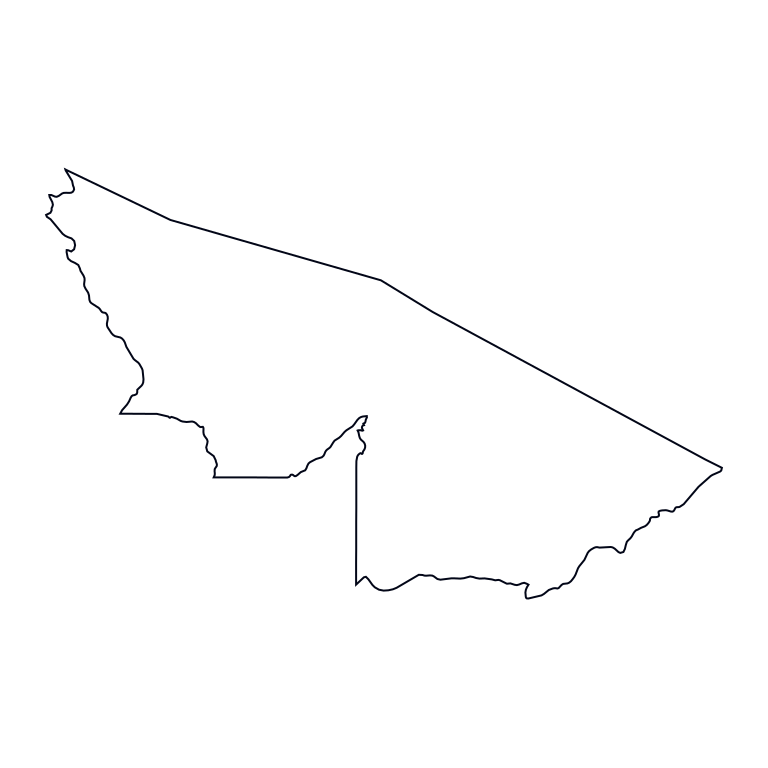 the border of Acre
{"feature_id": "BRA-576", "entity_name": "Acre", "entity_type": "State", "adm_level": 1, "iso_a3": "BRA", "parent_name": "Brazil", "parent_adm1": "", "projection": "natural_earth1", "projection_center": [-70.836, -9.13], "detail": "fine", "context": "isolated", "style": "outline", "palette": "ink", "viewbox_px": 768, "rotation_deg": 0, "n_neighbors": 0, "source": "natural_earth", "source_scale": "10m", "svg_char_len": 4579}
<svg xmlns="http://www.w3.org/2000/svg" viewBox="0 0 768 768"><path d="M453.4,578.3L451.7,578.3L440.4,579.7L437.4,579.0L433.9,576.4L432.3,575.6L429.9,575.4L426.2,575.7L424.4,575.6L422.6,575.0L418.8,574.8L396.6,587.8L392.9,589.3L388.3,590.3L383.6,590.6L379.0,589.7L374.8,587.3L372.4,584.9L368.4,579.3L365.9,576.8L363.9,577.3L356.1,584.6L356.1,575.9L356.1,562.4L356.2,548.8L356.2,535.2L356.2,521.6L356.3,508.1L356.3,494.5L356.3,480.9L356.3,472.1L356.3,467.3L356.4,461.0L357.2,456.7L357.8,455.5L358.5,454.6L359.4,453.8L360.3,453.2L360.8,453.2L361.8,453.9L362.3,453.8L362.7,453.2L362.9,451.9L363.2,451.2L364.4,449.5L365.1,447.6L365.2,445.6L364.6,443.5L363.5,441.9L360.8,439.5L359.8,437.9L359.2,435.9L358.5,432.4L357.6,430.5L358.1,430.3L360.6,430.2L361.0,430.4L362.3,430.7L363.1,430.4L361.9,427.9L362.1,426.6L362.8,425.5L364.0,425.2L363.8,424.8L363.6,424.0L363.4,423.6L365.1,422.7L365.5,421.4L365.8,419.7L366.7,417.8L366.9,417.5L366.8,416.1L362.9,416.5L361.1,417.0L359.3,418.0L357.4,419.9L354.2,424.4L352.5,426.4L346.4,430.3L344.5,432.0L341.1,436.0L339.2,437.7L334.6,440.6L333.2,442.5L330.5,446.9L329.5,447.9L327.1,449.6L326.1,450.6L325.3,451.9L324.2,454.6L323.5,455.8L321.8,457.3L316.1,459.0L310.0,462.2L308.5,463.5L307.3,465.8L306.4,468.3L305.2,470.3L300.8,472.1L297.5,475.0L295.8,476.1L294.5,476.1L293.8,475.6L293.1,475.0L292.1,474.6L290.8,474.8L290.3,475.4L289.9,476.2L289.0,477.0L287.4,477.5L284.0,477.5L267.6,477.5L251.3,477.4L234.9,477.4L218.6,477.4L213.7,477.4L214.7,475.1L214.8,473.2L214.6,471.4L214.7,469.2L215.3,468.1L216.7,466.1L216.9,464.8L216.7,463.7L215.9,461.5L215.7,460.3L213.7,456.1L207.3,451.4L206.2,447.4L207.3,443.3L207.6,441.3L207.0,439.4L204.5,436.0L203.7,434.2L203.4,432.0L203.5,428.8L203.4,427.8L202.9,426.9L202.0,426.9L200.9,427.1L200.0,426.9L198.3,425.6L195.8,423.1L194.0,422.0L192.1,421.5L186.6,422.0L182.5,421.5L180.7,420.9L176.9,418.7L173.2,417.4L171.4,416.9L171.1,417.0L170.3,417.6L169.9,417.8L169.4,417.6L168.6,416.8L168.1,416.5L157.0,413.9L120.2,413.7L122.1,410.2L127.0,404.6L129.1,401.3L130.6,397.9L131.6,396.2L132.7,395.4L134.0,395.2L135.5,394.7L136.7,393.9L137.2,392.6L137.3,389.7L141.4,385.8L142.4,384.5L143.2,382.5L143.5,379.3L142.6,370.3L142.0,368.6L139.5,364.2L138.3,362.7L134.9,360.1L133.5,358.8L126.4,346.9L124.8,342.4L123.7,340.4L122.1,338.6L120.4,337.5L115.1,336.2L113.2,335.0L111.5,333.2L107.6,327.3L107.0,325.6L106.9,323.6L107.8,318.8L107.7,316.6L107.0,314.7L105.7,313.1L104.9,312.8L103.0,312.5L102.1,312.1L101.2,311.1L99.7,308.9L98.7,307.9L91.4,303.2L90.1,301.8L89.4,299.8L89.0,295.4L88.1,292.6L85.5,288.6L84.3,286.1L84.1,284.1L84.6,280.1L84.5,278.1L83.5,275.6L80.5,270.8L79.9,268.5L78.3,265.0L74.9,262.9L71.0,261.1L68.2,258.7L67.6,257.2L66.6,252.1L66.7,250.1L68.1,250.2L71.2,251.5L74.1,249.3L75.1,245.2L74.2,241.0L71.5,238.4L68.1,237.2L65.2,235.8L62.6,233.8L50.6,219.3L46.9,216.8L46.1,214.9L49.2,213.4L50.4,212.8L51.6,210.5L51.6,208.2L52.4,206.6L52.9,204.8L52.3,202.1L49.6,196.9L49.3,195.0L51.3,195.0L55.0,196.6L56.7,196.8L58.8,195.9L62.1,193.5L63.7,192.9L66.1,192.8L69.7,192.9L71.5,192.6L73.0,191.6L74.1,189.5L73.8,187.5L73.0,185.5L72.1,181.0L65.7,170.5L65.4,169.5L66.6,170.1L170.5,220.0L380.9,280.3L432.7,312.0L705.3,459.5L721.9,467.8L721.6,468.9L721.4,470.1L720.9,470.9L720.0,471.6L712.5,474.9L710.7,476.0L698.6,486.7L683.7,504.2L679.6,506.9L678.6,507.1L676.6,507.2L675.7,507.6L675.1,508.4L674.5,509.7L673.8,510.8L672.7,511.6L671.1,511.6L667.5,510.5L665.9,510.2L662.1,510.4L660.0,510.8L658.7,511.5L658.5,512.5L659.0,514.8L658.9,515.8L658.2,516.5L657.2,516.9L656.2,517.1L652.1,517.1L651.3,517.4L650.3,518.4L650.0,519.2L650.0,520.1L649.6,521.3L648.3,523.2L646.7,525.0L644.9,526.3L641.1,527.8L637.8,529.6L636.0,530.3L634.6,531.7L633.6,533.1L631.8,536.4L630.6,538.0L627.8,540.7L626.8,541.9L625.8,545.1L624.9,548.9L623.4,552.0L620.3,552.9L618.5,552.1L614.9,548.8L613.2,547.7L611.9,547.2L610.5,547.0L599.6,547.6L597.0,547.1L595.4,547.3L593.9,547.9L591.1,549.5L589.0,551.2L587.7,552.9L584.4,559.9L579.3,566.2L578.0,568.3L575.6,574.5L574.3,576.9L572.7,579.1L571.0,581.2L569.1,582.7L567.5,583.4L563.2,583.9L561.6,584.9L558.6,588.1L557.3,588.5L555.8,588.2L554.2,588.2L552.7,588.5L548.8,590.0L544.0,593.9L541.5,595.4L528.4,598.5L526.8,598.4L526.1,597.8L525.8,596.8L525.4,592.5L525.9,589.7L527.0,587.1L528.5,584.7L526.9,583.8L524.2,582.8L521.7,583.4L519.2,584.5L516.9,585.1L514.7,584.8L510.4,583.4L508.2,583.6L507.8,583.7L507.0,583.7L506.6,583.6L499.8,580.2L498.4,579.9L495.2,580.3L491.8,579.4L484.6,578.4L479.5,578.6L476.1,578.0L473.1,577.0L470.1,576.5L463.9,578.2L460.3,578.6L453.4,578.3Z" fill="none" stroke="#020617" stroke-width="2"/></svg>